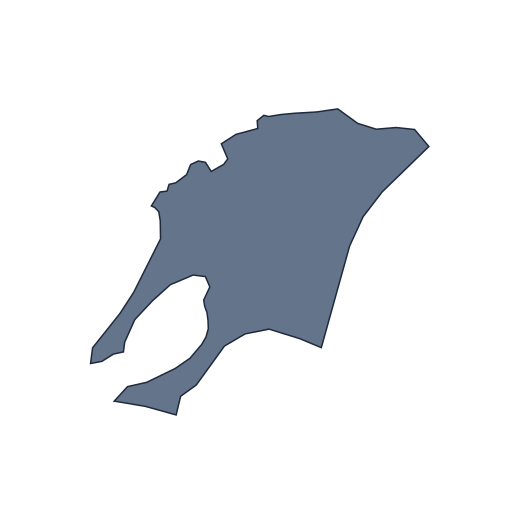 outline of Rizal, rotated 48°
{"feature_id": "PHL-2567", "entity_name": "Rizal", "entity_type": "Province", "adm_level": 1, "iso_a3": "PHL", "parent_name": "Philippines", "parent_adm1": "", "projection": "albers", "projection_center": [121.246, 14.591], "detail": "fine", "context": "isolated", "style": "filled", "palette": "slate", "viewbox_px": 512, "rotation_deg": 48, "n_neighbors": 0, "source": "natural_earth", "source_scale": "10m", "svg_char_len": 1003}
<svg xmlns="http://www.w3.org/2000/svg" viewBox="0 0 512 512"><g transform="rotate(48 256 256)"><path d="M290.3,54.3L292.8,119.4L298.5,150.2L311.2,179.7L367.8,268.8L346.5,278.9L319.0,295.3L306.6,316.2L301.8,339.7L311.9,386.6L309.8,405.9L320.7,421.7L293.5,439.0L269.0,458.5L267.1,438.9L276.7,421.8L285.5,391.4L287.8,373.5L285.4,355.6L282.7,347.3L278.1,340.1L271.8,334.8L265.1,330.2L259.1,327.8L253.7,324.3L248.1,311.0L237.4,307.4L228.1,315.4L220.0,338.8L220.0,363.1L222.2,388.7L232.2,411.3L238.6,418.7L233.5,427.5L231.2,441.0L225.2,450.9L214.9,438.9L207.7,395.6L201.1,371.1L179.4,315.5L165.9,303.7L158.0,298.6L152.2,298.8L148.8,300.3L144.2,284.5L148.2,278.7L144.6,272.6L147.9,266.8L149.1,253.1L144.3,243.4L146.8,235.3L152.5,230.9L163.2,232.7L166.3,218.7L164.9,212.0L149.4,206.7L152.2,189.5L162.4,169.4L156.2,164.5L156.7,156.0L160.7,153.4L167.7,142.6L175.9,131.6L189.2,115.0L201.4,96.8L225.5,91.7L242.2,81.8L254.3,65.9L268.1,53.5L290.3,54.3Z" fill="#64748b" stroke="#1e293b" stroke-width="1.5"/></g></svg>